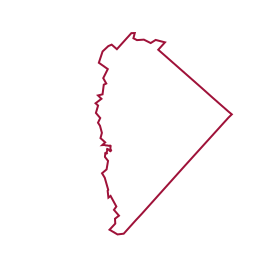 outline of Cullman, Alabama, United States of America, rotated 131°
{"feature_id": "52423323B47632571632654", "entity_name": "Cullman", "entity_type": "district", "adm_level": 2, "iso_a3": "USA", "parent_name": "United States of America", "parent_adm1": "Alabama", "projection": "robinson", "projection_center": [-86.753, 34.086], "detail": "fine", "context": "isolated", "style": "outline", "palette": "rose", "viewbox_px": 256, "rotation_deg": 131, "n_neighbors": 0, "source": "geoboundaries", "source_scale": "gbopen_adm2", "svg_char_len": 1387}
<svg xmlns="http://www.w3.org/2000/svg" viewBox="0 0 256 256"><g transform="rotate(131 128 128)"><path d="M39.1,156.3L43.4,164.9L49.0,166.6L50.9,174.0L55.8,178.9L56.7,182.8L51.9,185.2L54.2,187.7L75.8,188.1L75.8,195.0L79.1,196.6L86.9,197.4L97.9,192.8L96.8,181.9L106.6,179.4L108.7,173.6L111.2,174.7L119.3,169.3L123.1,172.0L123.4,167.2L130.6,168.7L130.7,165.3L137.7,162.1L138.7,155.5L143.7,154.1L144.7,150.6L148.8,144.5L153.7,142.1L153.8,135.8L157.8,136.2L156.4,134.8L156.1,134.4L155.9,133.7L155.7,133.4L155.3,132.8L154.8,132.2L154.3,131.3L153.9,130.6L153.5,130.4L153.0,129.9L152.9,129.7L152.9,129.4L153.4,129.0L154.5,128.3L155.2,127.7L155.4,127.3L155.8,126.5L155.9,126.1L156.3,126.0L156.8,126.0L157.0,126.0L157.2,126.6L157.2,127.1L156.9,127.7L156.9,127.9L157.1,128.6L157.2,129.6L157.3,129.8L157.4,130.0L157.8,129.9L158.4,129.1L158.8,128.8L159.8,128.5L160.3,128.2L160.7,127.5L160.8,127.3L161.0,127.3L161.3,127.4L161.5,127.6L161.6,128.1L161.6,128.5L161.9,128.7L162.2,128.5L162.5,128.2L163.1,127.7L164.2,127.0L164.5,126.8L165.0,126.3L165.9,121.5L173.3,117.0L179.2,117.9L180.8,112.9L187.7,102.3L188.7,102.2L193.4,97.1L190.7,96.6L194.9,85.3L199.0,84.9L200.1,77.3L205.0,78.3L208.5,74.9L216.9,75.2L215.2,66.1L210.6,61.9L192.3,61.6L184.1,61.3L124.9,60.4L118.7,60.3L54.3,59.0L49.6,58.6L49.7,63.0L49.6,84.6L49.4,101.6L49.1,156.5L39.1,156.3Z" fill="none" stroke="#9f1239" stroke-width="2"/></g></svg>